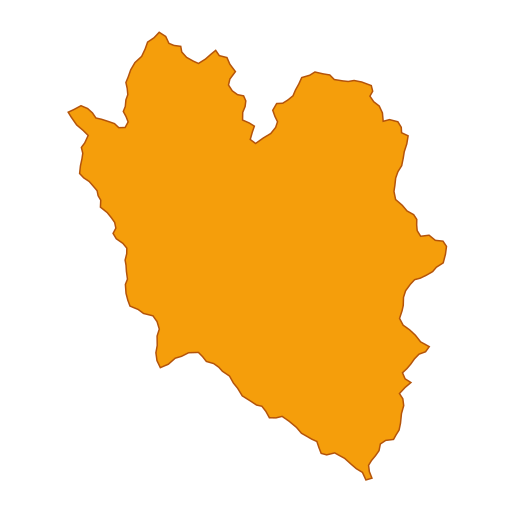 Miraí, Minas Gerais, Brazil, rotated 271°
{"feature_id": "56859067B88610253511100", "entity_name": "Miraí", "entity_type": "district", "adm_level": 2, "iso_a3": "BRA", "parent_name": "Brazil", "parent_adm1": "Minas Gerais", "projection": "orthographic", "projection_center": [-42.611, -21.144], "detail": "fine", "context": "isolated", "style": "filled", "palette": "amber", "viewbox_px": 512, "rotation_deg": 271, "n_neighbors": 0, "source": "geoboundaries", "source_scale": "gbopen_adm2", "svg_char_len": 2925}
<svg xmlns="http://www.w3.org/2000/svg" viewBox="0 0 512 512"><g transform="rotate(271 256 256)"><path d="M279.8,428.7L278.6,420.3L284.2,416.7L289.8,416.1L295.4,416.1L300.1,412.9L303.7,406.2L309.2,401.4L314.9,394.6L323.0,392.8L328.9,393.6L336.4,394.3L342.7,396.4L348.9,400.1L356.5,401.5L362.8,402.4L370.7,404.8L378.8,406.0L381.8,399.4L387.2,399.0L392.7,395.5L394.7,387.1L392.9,380.8L401.3,379.9L408.1,376.6L412.3,371.0L417.8,367.1L422.8,369.8L428.4,368.3L431.8,358.7L433.2,351.0L432.1,345.2L432.6,339.6L433.8,331.2L438.3,326.6L439.3,319.8L441.0,311.7L437.7,306.6L435.2,298.6L428.7,295.8L422.7,292.6L416.8,290.2L412.3,284.8L409.2,280.0L408.8,274.0L402.0,270.2L395.9,272.5L390.6,275.2L384.9,273.4L378.8,268.7L374.1,261.2L368.5,253.6L372.4,248.2L379.6,250.1L385.8,252.1L388.9,246.9L391.7,240.2L399.4,240.2L405.3,242.5L410.9,243.1L415.9,240.8L417.0,234.7L420.7,229.4L426.5,225.5L432.5,226.8L440.0,232.2L447.3,226.5L453.9,223.5L455.7,215.8L460.9,212.1L457.1,207.6L452.0,202.0L447.5,195.1L449.7,190.0L453.4,183.1L458.7,178.2L464.3,177.1L465.1,170.3L467.1,165.2L473.9,161.9L478.0,155.3L472.4,150.2L468.0,143.9L460.9,141.5L453.6,138.2L447.3,131.6L440.0,127.5L432.5,125.0L427.2,122.9L421.3,124.3L415.1,125.0L409.8,123.2L403.2,122.7L398.2,120.8L393.0,123.7L387.8,125.8L382.2,122.9L381.9,116.6L385.9,112.2L388.0,105.8L390.0,99.2L391.2,93.5L396.2,90.0L400.5,85.1L403.2,78.4L399.3,71.4L396.5,65.7L391.8,68.7L383.9,74.4L378.6,80.9L373.6,86.1L366.1,82.8L361.5,79.5L355.7,81.0L350.2,80.3L343.1,78.9L335.4,78.2L331.1,82.4L327.6,87.9L323.3,91.8L318.5,96.0L313.5,97.1L309.1,99.8L302.1,99.6L296.8,106.5L291.5,110.9L287.1,114.1L281.4,115.4L276.1,112.7L270.8,116.0L266.3,122.7L261.6,126.7L256.0,126.7L249.6,125.2L244.5,126.2L238.4,126.7L230.6,127.9L225.3,125.9L216.4,126.7L209.6,128.6L203.7,130.9L200.5,139.1L196.6,144.5L194.4,154.0L188.7,158.2L181.2,160.6L174.2,158.5L164.8,158.8L157.5,157.6L149.7,158.8L142.7,162.3L146.3,170.3L152.4,177.0L154.4,183.3L158.1,190.3L158.6,200.1L154.5,204.3L149.7,208.2L147.7,215.6L144.1,220.8L140.2,224.4L135.5,231.6L128.5,235.7L123.5,239.9L115.9,244.7L111.1,252.7L107.0,259.1L105.9,264.5L100.8,268.6L94.5,272.2L94.5,278.8L96.1,284.9L91.5,291.8L85.3,299.5L79.6,304.5L76.7,309.8L73.9,314.8L71.6,320.1L65.7,322.2L59.8,324.6L58.4,330.1L60.5,338.1L55.2,348.2L49.6,354.6L45.1,360.0L41.5,366.2L34.0,369.8L35.9,375.8L42.4,373.1L48.7,372.2L53.5,375.0L58.5,379.0L63.5,382.4L70.2,383.6L73.9,388.9L75.0,396.7L79.7,399.2L84.5,402.1L91.4,403.4L101.0,404.2L109.0,406.3L115.8,405.3L121.0,401.8L127.2,407.4L132.2,413.1L135.8,407.2L141.8,404.5L146.1,408.9L150.6,412.6L155.9,416.2L160.7,420.7L163.2,427.2L168.4,430.8L173.0,422.1L179.6,416.7L184.9,410.8L189.4,404.3L196.1,400.6L203.8,403.0L209.2,404.1L217.3,404.2L223.9,406.2L230.4,410.8L235.1,415.0L236.7,420.6L239.9,426.9L243.5,432.9L247.9,436.5L252.4,443.3L261.1,445.4L268.9,446.3L274.1,442.7L274.8,435.0L279.8,428.7Z" fill="#f59e0b" stroke="#b45309" stroke-width="1.5"/></g></svg>